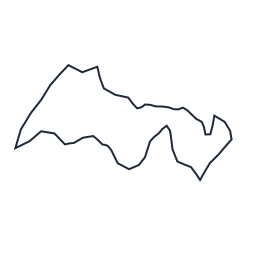 map outline of Şamaxı (Natural Earth projection), rotated 286°
{"feature_id": "AZE-1716", "entity_name": "Şamaxı", "entity_type": "District", "adm_level": 1, "iso_a3": "AZE", "parent_name": "Azerbaijan", "parent_adm1": "", "projection": "natural_earth1", "projection_center": [48.613, 40.608], "detail": "fine", "context": "isolated", "style": "outline", "palette": "slate", "viewbox_px": 256, "rotation_deg": 286, "n_neighbors": 0, "source": "natural_earth", "source_scale": "10m", "svg_char_len": 1013}
<svg xmlns="http://www.w3.org/2000/svg" viewBox="0 0 256 256"><g transform="rotate(286 128 128)"><path d="M163.7,207.6L160.5,219.3L153.5,226.9L145.6,230.7L137.3,226.8L127.0,222.1L117.1,216.5L107.6,213.9L97.9,211.6L103.1,205.6L107.8,199.3L108.5,191.9L109.4,184.7L119.9,176.6L132.1,171.4L137.1,169.0L140.8,164.6L136.8,161.5L131.5,159.1L126.5,155.5L121.3,152.9L113.0,152.6L104.6,152.4L95.5,148.7L88.7,140.4L91.3,127.8L101.8,118.3L103.7,115.8L105.3,113.3L105.4,110.2L105.1,108.0L108.2,102.4L110.7,96.8L106.2,87.3L98.7,80.1L97.1,76.0L94.9,71.9L102.5,58.8L100.9,45.4L88.2,37.0L77.6,25.3L97.1,25.4L115.9,30.6L131.5,36.9L147.6,41.4L159.9,47.1L172.0,53.4L169.0,68.7L178.4,81.6L168.4,87.2L159.4,93.9L156.4,106.6L157.3,119.8L153.0,125.5L149.4,131.3L151.6,135.1L155.3,138.0L156.4,143.0L156.4,148.7L158.1,154.9L159.1,161.4L158.7,166.7L159.7,171.1L162.7,175.3L161.2,180.4L158.4,185.7L155.6,191.0L154.2,197.2L149.9,200.7L143.1,204.3L144.7,208.9L154.1,208.6L163.7,207.6Z" fill="none" stroke="#1e293b" stroke-width="2"/></g></svg>